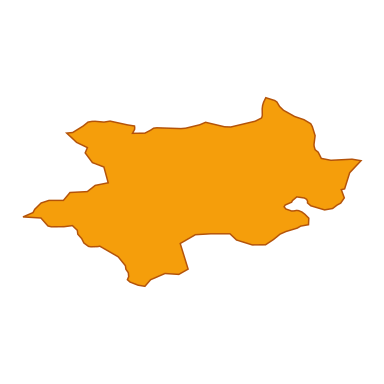 the Municipality of Kuldigas
{"feature_id": "LVA-5709", "entity_name": "Kuldigas", "entity_type": "Municipality", "adm_level": 1, "iso_a3": "LVA", "parent_name": "Latvia", "parent_adm1": "", "projection": "equal_earth", "projection_center": [22.002, 56.933], "detail": "fine", "context": "isolated", "style": "filled", "palette": "amber", "viewbox_px": 384, "rotation_deg": 0, "n_neighbors": 0, "source": "natural_earth", "source_scale": "10m", "svg_char_len": 1658}
<svg xmlns="http://www.w3.org/2000/svg" viewBox="0 0 384 384"><path d="M51.3,226.8L48.0,226.0L40.9,218.0L23.0,216.9L33.0,212.6L34.8,209.2L41.1,203.0L49.0,200.4L63.4,200.4L70.0,192.5L87.3,191.6L95.2,185.4L108.2,182.8L103.9,167.0L92.4,162.6L85.2,152.9L87.4,147.6L76.6,142.4L66.7,133.1L72.7,132.5L83.2,126.0L88.0,122.1L91.9,121.4L95.1,121.3L104.0,122.1L110.1,121.1L127.5,124.9L134.5,126.0L134.7,127.6L134.6,129.4L132.5,133.3L144.8,133.2L150.4,130.3L153.6,128.2L156.8,127.8L180.9,128.6L185.7,128.2L199.7,124.8L205.6,122.3L224.6,126.8L230.8,127.0L255.2,121.2L261.4,118.1L262.0,116.8L262.3,115.3L262.2,108.8L262.4,107.1L262.6,105.5L263.6,102.2L265.8,97.7L274.7,100.5L276.9,102.0L279.5,106.4L283.5,110.3L294.6,116.5L304.0,119.7L310.7,123.7L312.3,126.6L315.1,135.7L314.0,144.3L314.1,146.2L315.1,149.7L318.2,152.2L321.3,158.4L330.9,160.3L352.1,159.2L361.0,160.7L349.7,172.7L344.6,188.9L341.3,189.6L344.3,197.9L340.7,203.1L337.2,205.0L332.6,208.5L324.6,209.9L310.8,205.8L307.5,202.9L307.6,201.4L306.7,199.4L304.4,198.0L296.8,196.9L292.4,200.6L291.6,202.2L285.2,205.0L284.1,206.8L285.9,209.0L291.6,211.0L294.1,210.9L296.7,210.4L298.8,210.7L301.9,212.0L304.8,214.2L308.8,218.2L308.5,224.7L300.7,226.1L297.3,228.1L286.0,231.5L280.1,234.1L273.5,239.5L265.5,244.8L252.2,244.9L236.5,240.0L230.0,233.8L210.5,233.8L195.4,234.7L180.2,243.5L188.1,269.1L178.8,274.4L165.0,273.5L150.6,279.7L144.9,286.3L138.1,285.2L130.1,282.1L127.4,279.7L128.7,276.6L128.3,272.7L125.9,269.2L125.4,265.7L118.2,256.8L99.8,246.2L97.8,246.6L90.9,246.8L88.5,246.4L83.9,243.0L81.7,238.6L77.8,234.2L77.3,230.3L72.4,225.6L64.1,226.7L51.3,226.8Z" fill="#f59e0b" stroke="#b45309" stroke-width="1.5"/></svg>